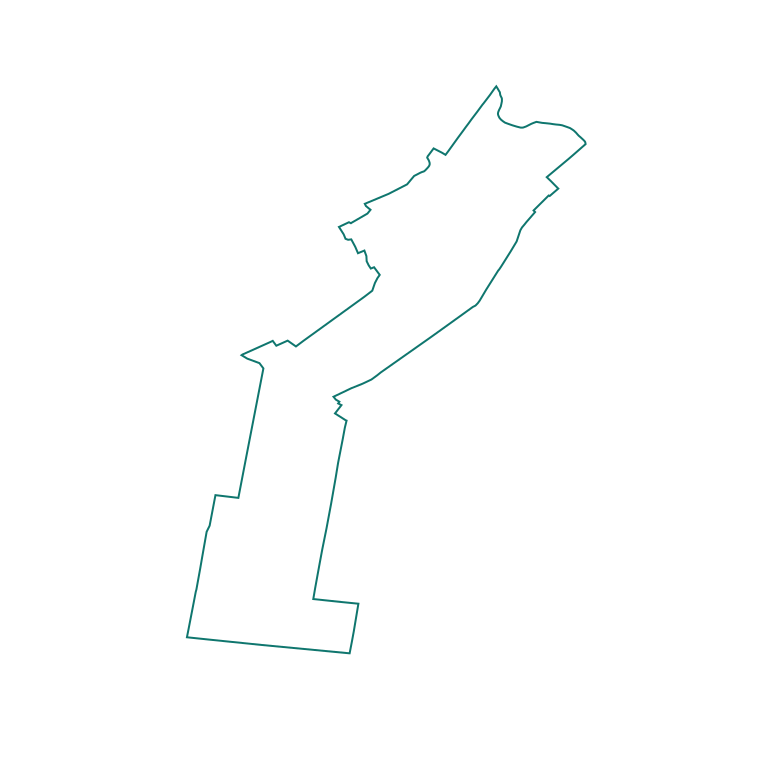 Lita, Teleorman, Romania (Robinson projection), rotated 160°
{"feature_id": "2599482B88821279710762", "entity_name": "Lita", "entity_type": "district", "adm_level": 2, "iso_a3": "ROU", "parent_name": "Romania", "parent_adm1": "Teleorman", "projection": "robinson", "projection_center": [24.816, 43.818], "detail": "fine", "context": "isolated", "style": "outline", "palette": "teal", "viewbox_px": 768, "rotation_deg": 160, "n_neighbors": 0, "source": "geoboundaries", "source_scale": "gbopen_adm2", "svg_char_len": 2722}
<svg xmlns="http://www.w3.org/2000/svg" viewBox="0 0 768 768"><g transform="rotate(160 384 384)"><path d="M215.5,599.9L219.2,597.5L222.9,595.0L230.0,590.3L244.1,580.7L247.8,578.3L250.5,581.6L256.8,588.4L263.5,584.0L265.1,583.0L266.0,581.9L265.5,579.3L265.4,577.8L265.5,576.1L265.9,574.9L266.3,574.3L266.9,573.6L267.9,572.9L269.3,572.1L272.1,570.7L273.2,570.3L273.9,570.1L275.6,570.2L277.6,570.1L282.0,569.5L284.5,569.2L289.2,566.5L294.0,563.7L314.6,561.1L340.4,559.9L340.1,557.4L337.1,552.3L341.3,549.8L359.4,546.6L360.1,546.4L361.6,548.0L372.6,547.0L370.7,538.4L370.5,533.6L368.4,531.8L365.3,531.1L364.1,522.8L363.7,515.8L356.8,516.1L356.8,510.2L358.3,505.3L357.8,500.7L356.9,497.0L353.4,497.1L350.7,488.0L354.0,485.7L358.0,482.0L363.1,475.7L372.6,472.7L445.0,452.1L453.9,449.4L459.7,457.7L472.1,456.8L473.8,462.6L476.8,462.3L507.0,460.1L508.0,459.8L503.8,454.6L493.9,446.2L492.0,439.9L540.3,359.4L559.8,326.8L570.1,332.0L580.4,337.2L596.3,310.5L601.2,305.8L614.3,283.1L619.8,273.5L630.6,255.0L631.9,253.2L639.8,240.0L651.5,220.5L655.8,213.4L636.3,203.9L587.8,180.4L509.1,143.0L508.4,142.7L502.7,152.2L497.1,161.7L483.2,186.3L493.4,191.2L498.4,193.6L524.0,206.1L518.7,215.4L506.3,236.6L498.7,249.5L487.4,268.0L474.7,289.5L461.5,312.4L454.1,325.6L441.4,346.7L435.7,356.4L431.7,362.4L432.4,363.0L440.1,373.1L431.2,378.7L433.7,381.4L432.0,382.6L434.6,385.8L435.8,389.3L416.2,391.2L404.1,391.6L400.7,391.9L395.4,392.4L394.3,392.5L387.4,394.5L383.0,396.0L329.1,410.6L325.4,411.6L321.8,412.6L295.1,420.1L282.7,423.6L274.3,426.0L271.2,426.4L268.3,427.8L265.6,429.6L255.6,437.8L237.8,451.6L236.8,452.1L233.9,454.2L219.6,465.3L210.6,472.6L203.3,481.8L200.8,483.9L197.0,486.1L194.9,487.4L183.2,493.9L184.1,495.9L164.8,504.8L164.0,504.0L158.7,506.0L153.4,508.0L157.9,517.8L160.3,522.7L133.5,532.4L128.2,534.4L123.8,536.1L112.5,540.5L112.3,541.6L112.2,542.6L112.3,543.0L112.4,543.5L113.2,545.3L114.9,548.6L116.1,550.7L116.8,552.4L117.6,554.5L119.0,557.3L120.3,559.1L121.7,560.9L124.2,563.0L128.0,566.1L130.4,567.5L133.8,569.1L136.3,570.4L138.8,571.8L142.9,573.8L146.1,575.3L148.7,576.8L151.1,578.2L154.3,578.2L156.6,578.1L162.3,577.4L164.1,577.4L165.4,577.4L166.0,577.5L166.9,577.8L167.9,578.2L169.1,579.0L171.3,580.5L174.9,583.2L178.2,585.9L180.9,588.2L182.4,590.3L183.7,592.5L184.5,594.7L184.7,596.7L184.7,598.0L184.5,598.9L184.3,599.4L183.7,600.4L182.3,602.0L180.4,603.8L179.3,604.9L177.7,607.4L176.6,609.2L176.0,610.7L175.6,612.0L175.6,612.9L175.8,614.3L175.9,615.7L175.7,616.9L175.4,618.2L175.4,618.8L175.7,620.2L176.2,623.0L176.7,625.3L179.3,623.7L181.9,621.9L185.5,619.4L192.2,615.1L194.9,613.4L195.8,612.9L198.5,611.1L203.0,608.1L207.2,605.4L211.4,602.7L215.5,599.9Z" fill="none" stroke="#0f766e" stroke-width="2"/></g></svg>